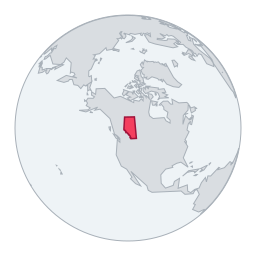 Alberta on an orthographic globe
{"feature_id": "CAN-632", "entity_name": "Alberta", "entity_type": "Province", "adm_level": 1, "iso_a3": "CAN", "parent_name": "Canada", "parent_adm1": "", "projection": "orthographic", "projection_center": [-116.491, 54.496], "detail": "fine", "context": "on_globe", "style": "filled", "palette": "rose", "viewbox_px": 256, "rotation_deg": 0, "n_neighbors": 0, "source": "natural_earth", "source_scale": "10m", "svg_char_len": 10344}
<svg xmlns="http://www.w3.org/2000/svg" viewBox="0 0 256 256"><circle cx="128" cy="128" r="113" fill="#eef3f6" stroke="#a8b0b8"/><path d="M31.1,185.4L31.4,185.9L31.1,185.4ZM200.1,214.5L204.7,209.7L204.1,209.4L198.7,212.0L192.6,209.5L195.3,204.5L193.5,203.8L199.3,194.3L197.1,189.7L194.9,190.3L193.1,193.7L184.9,194.3L181.1,191.0L152.0,192.3L148.2,190.3L146.9,185.8L130.9,171.4L140.7,185.9L135.7,183.7L130.5,178.7L132.0,177.2L126.7,169.2L121.3,166.1L116.2,154.9L117.3,139.8L119.9,142.2L119.8,138.4L116.6,135.3L114.5,134.1L110.0,118.6L100.1,109.2L94.7,110.2L97.6,107.1L85.9,111.9L79.1,110.3L88.2,109.8L90.2,107.9L86.2,105.6L87.5,103.2L86.2,100.8L88.0,98.2L93.2,98.3L94.5,96.8L91.6,95.2L91.6,91.8L95.6,94.4L96.1,88.8L104.8,88.4L114.1,98.0L120.4,96.3L133.7,102.6L133.9,100.1L139.1,101.2L141.3,98.8L143.1,100.8L143.2,97.2L141.1,95.8L140.5,93.8L141.5,92.4L144.1,94.6L143.9,95.7L145.3,95.6L146.1,97.4L146.3,95.7L149.3,98.7L147.9,93.6L151.7,94.3L153.2,96.9L150.9,99.3L148.7,112.1L149.6,115.9L153.1,118.5L164.2,117.6L166.0,120.8L170.1,123.1L170.1,120.1L166.9,117.2L167.9,112.2L163.9,109.5L163.7,107.1L160.5,103.5L163.3,101.2L167.8,101.1L170.6,104.1L172.7,104.2L171.9,99.2L178.9,102.9L186.8,102.4L188.3,103.8L188.0,110.1L183.3,115.4L182.9,124.4L185.5,115.8L189.4,119.8L191.0,119.4L192.2,117.7L191.7,115.1L193.5,116.0L191.6,124.6L189.9,124.0L190.5,121.2L188.3,123.8L187.0,130.0L189.1,131.7L185.0,139.8L186.4,141.2L186.3,143.9L184.3,141.1L187.8,146.5L183.3,157.8L188.1,167.2L180.9,162.2L176.7,163.3L172.1,165.8L172.8,167.4L165.7,169.1L160.8,174.8L161.2,183.3L165.5,188.1L173.2,185.4L174.4,181.4L179.5,178.3L178.1,188.3L187.3,184.9L187.7,191.1L190.7,192.6L194.7,189.4L199.1,188.0L201.4,182.7L205.4,177.5L206.4,181.9L207.9,175.9L210.7,176.0L218.2,168.0L217.9,169.7L224.4,167.7L230.0,161.6L231.3,162.5L230.7,165.3L232.3,162.8L232.3,163.9L237.4,152.6L238.8,148.1L238.7,148.9L236.8,157.3L234.2,165.5L231.0,173.5L227.2,181.3L222.9,188.7L217.9,195.8L212.5,202.5L206.5,208.7L200.1,214.5ZM60.7,174.0L61.0,171.8L62.2,174.0L60.7,174.0ZM60.2,170.0L60.3,170.9L60.1,170.0L60.2,170.0ZM59.4,169.1L60.0,169.7L59.3,169.2L59.4,169.1ZM58.3,168.1L58.9,168.5L58.3,168.1ZM188.7,170.7L199.1,168.9L194.3,173.1L195.0,171.6L192.1,171.3L187.2,172.4L182.6,176.1L188.7,170.7ZM56.8,165.9L56.4,165.3L57.0,165.5L56.8,165.9ZM190.9,162.8L189.2,163.4L190.8,162.4L190.9,162.8ZM113.4,134.1L116.4,135.5L118.9,139.3L116.2,138.4L113.4,134.1ZM108.9,127.0L110.6,126.8L110.5,130.7L109.5,129.6L108.9,127.0ZM90.6,111.6L92.8,112.7L90.2,112.5L90.6,111.6ZM85.8,100.9L84.7,101.4L84.5,99.9L85.8,100.9ZM159.2,105.0L159.8,104.3L160.1,105.3L159.2,105.0ZM157.1,104.1L157.0,105.9L156.0,105.8L156.1,104.7L157.1,104.1ZM87.1,94.8L87.1,92.4L88.0,94.8L87.1,94.8ZM157.6,102.0L154.3,105.3L152.5,105.1L151.6,100.8L157.6,102.0ZM87.7,91.0L87.7,85.5L85.4,86.0L91.8,81.6L89.7,87.7L91.2,90.5L89.2,89.8L87.7,91.0ZM140.0,96.0L142.3,97.4L139.4,97.7L140.0,96.0ZM138.3,96.7L130.3,100.6L127.4,98.0L130.7,97.1L126.2,94.9L128.7,91.7L131.8,92.1L133.1,94.5L133.1,91.5L138.3,96.7ZM95.4,80.2L96.1,78.9L96.3,80.3L95.4,80.2ZM140.0,93.1L138.6,94.0L136.1,91.8L138.3,89.4L138.4,90.9L140.0,93.1ZM123.8,96.0L122.3,94.0L123.9,90.8L123.5,89.6L128.5,91.4L123.8,96.0ZM139.5,90.7L139.5,88.3L141.7,88.1L141.1,92.0L139.5,90.7ZM134.4,92.2L133.3,91.0L134.7,90.9L134.4,92.2ZM149.5,86.2L147.9,87.2L146.4,86.1L149.5,86.2ZM139.4,87.5L138.6,87.6L137.9,87.3L138.3,85.8L139.4,87.5ZM129.4,89.0L130.4,88.2L127.4,88.1L128.5,85.8L131.7,87.5L130.8,85.8L131.1,85.1L133.3,87.3L129.4,89.0ZM136.5,83.4L140.8,84.9L144.1,83.1L145.5,84.0L140.0,86.8L136.5,83.4ZM134.4,85.5L136.0,84.4L136.9,86.0L136.4,87.7L134.4,85.5ZM128.1,83.7L125.6,86.8L125.0,86.4L128.1,83.7ZM137.2,82.5L136.1,82.2L137.3,82.2L137.2,82.5ZM130.7,83.0L129.9,84.1L129.2,83.5L130.7,83.0ZM134.7,80.7L136.1,81.1L135.8,82.3L134.7,80.7ZM132.7,81.4L132.0,80.4L134.8,82.4L132.5,82.0L132.7,81.4ZM130.2,82.3L129.6,82.3L130.6,81.9L130.2,82.3ZM135.0,76.1L138.6,78.3L138.0,80.8L134.5,78.3L135.0,76.1ZM236.3,97.1L235.6,97.7L233.3,92.0L231.1,89.5L213.6,63.6L211.9,59.4L200.4,45.5L199.4,44.0L202.9,45.9L196.1,38.5L191.3,35.2L182.9,29.6L180.5,28.3L187.6,32.4L194.5,37.1L201.0,42.2L207.1,47.8L212.8,53.8L218.0,60.2L222.7,67.0L226.9,74.1L230.6,81.6L233.8,89.2L236.3,97.1ZM174.9,25.6L169.5,23.6L180.9,29.3L180.7,30.1L169.8,25.2L159.5,21.0L159.1,21.2L163.8,23.9L159.6,23.3L165.2,25.0L164.3,24.1L167.8,25.3L168.9,26.3L167.3,25.9L169.9,27.5L176.6,29.0L176.4,28.2L184.3,32.8L184.7,32.0L187.5,33.5L187.8,35.5L186.4,35.2L188.5,40.3L190.8,41.0L188.9,36.3L190.3,37.7L193.4,38.8L192.2,39.0L193.7,44.3L199.5,50.2L210.3,58.6L213.1,62.9L213.9,66.6L206.7,63.7L201.3,54.6L198.7,53.7L197.0,56.3L195.5,53.4L194.2,53.4L191.9,50.4L185.9,47.2L183.1,44.4L178.1,44.5L176.0,43.2L179.6,43.5L180.6,42.3L173.4,36.3L171.2,35.5L168.5,36.1L166.9,34.5L165.2,35.9L159.8,33.5L165.0,37.7L162.0,38.9L157.3,38.3L157.2,39.5L164.9,40.5L167.1,40.3L167.5,38.8L174.4,39.2L177.4,41.1L173.8,43.7L177.7,46.7L173.1,47.8L155.2,44.0L149.0,42.0L144.5,35.1L147.5,34.5L150.6,36.6L150.1,33.1L149.0,34.1L147.6,32.9L144.4,33.9L143.3,33.2L142.1,35.6L140.4,34.8L141.2,33.2L134.9,34.4L130.6,33.4L129.7,34.0L130.0,35.0L124.3,33.2L123.9,33.8L125.6,34.6L126.0,36.4L124.3,38.8L122.4,38.1L122.8,37.1L120.7,34.0L121.9,31.6L120.9,31.6L119.5,33.4L122.0,37.2L121.6,38.9L119.9,37.2L120.5,38.0L119.7,38.6L117.1,38.6L118.7,40.5L112.3,49.3L106.7,50.3L106.0,47.7L99.5,53.7L93.7,54.8L95.3,55.5L93.2,59.1L95.0,58.8L95.6,59.4L91.2,69.1L88.8,70.9L88.7,76.3L89.5,76.7L91.3,75.6L91.8,81.6L85.4,86.0L83.8,84.8L80.8,88.6L77.8,85.4L73.9,84.7L72.3,79.4L69.4,79.5L68.5,81.0L63.9,82.4L57.2,80.5L66.3,75.4L77.0,78.0L73.0,76.2L75.0,74.7L74.2,73.0L71.3,72.1L70.3,73.1L71.2,62.7L66.3,57.9L63.9,62.3L60.6,64.5L52.9,64.0L50.2,55.3L45.6,58.9L44.1,59.4L45.2,56.7L47.5,55.8L50.3,52.9L51.4,52.9L54.0,48.6L55.7,48.6L56.9,45.4L54.4,46.9L51.5,50.6L51.7,48.1L46.4,52.7L43.7,54.5L45.5,51.3L51.4,45.5L57.6,40.0L64.3,35.1L71.3,30.7L78.6,26.8L86.2,23.4L94.0,20.6L102.0,18.4L110.1,16.8L118.4,15.8L126.6,15.4L134.9,15.6L143.2,16.4L151.4,17.8L159.4,19.8L167.3,22.4L174.9,25.6ZM221.9,71.9L223.0,72.8L221.9,71.9ZM150.1,17.7L142.9,16.4L143.7,17.0L141.0,16.7L142.2,17.1L143.7,17.1L146.4,18.4L142.4,18.1L142.0,18.6L144.4,19.1L151.2,19.6L147.5,17.6L150.2,17.9L150.1,17.7ZM218.4,167.7L219.4,167.6L218.3,168.9L218.4,167.7ZM194.2,175.6L196.1,174.4L197.3,174.5L195.9,175.7L194.2,175.6ZM209.1,163.8L211.0,162.5L209.2,164.7L209.1,163.8ZM200.6,168.5L207.5,165.1L204.0,169.9L199.6,172.1L202.3,169.4L200.6,168.5ZM191.2,166.4L192.5,166.0L192.5,167.2L191.2,166.4ZM192.1,162.0L191.6,162.4L190.7,162.0L192.1,162.0ZM189.5,119.3L189.7,118.6L191.2,117.3L191.0,118.8L189.5,119.3ZM194.3,106.8L197.1,108.6L195.0,108.3L195.4,110.5L191.4,112.9L188.9,104.6L190.8,107.9L194.3,106.8ZM185.4,114.0L188.2,113.3L185.2,114.4L185.4,114.0ZM188.9,57.3L189.1,55.8L191.3,56.4L194.8,60.5L191.6,59.5L188.9,57.3ZM188.7,53.5L184.1,55.4L181.8,53.1L183.9,54.0L182.8,52.4L185.9,53.4L188.1,49.7L190.2,50.1L195.5,57.0L192.6,54.4L192.7,56.0L188.7,53.5ZM176.5,65.7L174.5,67.0L172.0,60.4L174.2,60.1L177.8,63.9L177.3,66.6L176.5,65.7ZM156.5,94.0L155.9,95.3L155.2,94.6L155.1,93.0L156.5,94.0ZM148.9,86.8L158.4,88.0L158.2,89.4L164.1,88.7L165.8,92.3L161.9,92.6L167.7,94.9L164.9,96.6L168.8,97.8L160.0,98.2L157.7,100.0L159.6,96.6L158.1,93.2L156.8,92.3L151.3,91.1L145.6,93.6L143.2,90.8L143.0,88.2L144.0,87.2L145.3,89.3L145.7,86.4L148.3,88.7L148.9,86.8ZM142.2,62.0L143.2,64.4L144.5,59.9L147.1,61.8L147.1,61.2L149.8,61.7L153.1,61.4L154.0,62.6L154.9,61.9L156.7,62.4L158.3,61.9L160.3,64.0L162.4,63.7L162.2,64.8L165.2,63.8L163.9,65.5L166.1,66.4L166.2,64.2L173.5,77.3L177.6,81.7L181.7,84.6L178.9,87.4L173.3,86.7L166.7,84.1L163.2,79.5L162.6,81.8L160.7,80.3L162.0,79.2L158.9,80.1L157.7,78.6L151.9,76.8L148.2,79.3L145.9,78.8L146.8,77.1L144.0,77.9L144.1,74.4L142.5,74.0L141.0,70.3L143.5,67.4L141.6,67.2L140.3,64.5L142.2,62.0ZM134.7,75.0L137.2,70.9L139.8,69.9L141.3,76.8L142.7,77.6L143.8,82.2L140.0,83.5L140.0,82.1L139.2,81.0L140.7,81.0L138.8,80.2L138.8,78.2L137.4,77.0L138.6,76.0L134.7,75.0ZM196.8,42.2L195.7,41.0L193.7,39.3L195.6,40.1L196.8,42.2ZM198.0,45.7L196.8,44.6L198.5,44.7L199.6,46.0L198.0,45.7ZM194.7,44.1L196.6,44.6L196.3,45.0L194.7,44.1ZM178.3,42.6L176.9,41.6L177.3,41.3L178.8,41.6L178.3,42.6ZM146.6,49.9L146.8,51.2L146.0,51.3L144.2,53.8L142.1,52.7L142.4,50.7L146.6,49.9ZM172.3,24.7L175.1,25.8L175.8,26.2L174.7,25.7L172.3,24.7ZM186.6,32.6L184.0,30.8L187.1,32.9L186.6,32.6ZM144.1,49.1L143.5,50.2L142.8,49.0L144.1,49.1ZM140.5,52.0L139.5,50.8L141.7,52.8L140.5,52.0ZM41.6,56.1L40.3,57.4L40.2,57.5L41.8,55.6L41.6,56.1ZM125.8,42.7L130.7,40.3L132.8,38.2L131.9,36.1L135.3,38.1L132.0,41.4L125.8,42.7ZM114.2,48.5L115.0,50.5L113.3,50.5L112.9,50.0L114.2,48.5ZM115.6,49.1L119.2,49.9L118.8,51.6L116.1,50.6L115.6,49.1ZM131.8,48.9L133.4,48.3L133.9,49.3L131.8,48.9ZM31.4,185.8L30.3,184.0L31.1,185.4L31.4,185.8ZM39.2,65.6L40.6,64.7L39.8,66.7L39.0,66.8L39.2,65.6ZM38.3,73.2L40.0,67.0L41.6,62.4L40.3,64.1L39.0,63.8L42.1,60.8L42.3,63.4L40.7,67.1L42.2,67.3L42.2,70.0L44.8,69.1L45.4,70.3L42.5,72.3L38.3,73.2ZM46.1,68.5L50.7,68.5L48.3,72.9L46.8,73.9L45.6,72.0L47.0,69.8L46.1,68.5ZM51.1,69.8L52.5,67.7L62.1,64.3L63.5,64.8L54.9,69.4L55.7,67.7L53.8,67.8L51.1,69.8ZM95.0,78.8L96.0,78.9L94.9,79.6L95.0,78.8ZM96.7,59.1L97.3,60.1L96.0,60.8L96.7,59.1ZM98.3,63.2L99.4,61.7L99.0,63.6L98.3,63.2ZM101.7,58.4L100.2,61.3L100.5,58.1L101.7,58.4Z" fill="#d9dde1" stroke="#a8b0b8" stroke-width="1"/><path d="M136.4,138.4L131.1,138.7L131.0,138.4L130.9,138.4L130.7,138.4L130.7,138.2L130.4,138.0L130.4,137.9L130.5,137.7L130.4,137.7L130.2,137.6L130.3,137.5L130.3,137.4L130.4,137.2L130.3,136.9L130.3,136.7L130.2,136.6L130.2,136.4L130.2,136.2L130.0,135.9L129.9,135.7L129.7,135.7L129.5,135.4L129.4,135.4L129.2,135.3L129.2,135.2L129.1,134.9L128.9,134.8L128.9,134.7L128.7,134.7L128.6,134.4L128.4,134.4L128.3,134.2L128.2,134.1L128.2,133.9L128.0,133.7L127.9,133.6L127.9,133.4L127.7,133.3L127.6,133.5L127.4,133.4L127.4,133.2L127.2,133.0L127.2,132.9L127.0,132.7L126.9,132.6L126.7,132.6L126.4,132.4L126.5,132.3L126.5,132.2L126.4,132.1L126.2,132.0L126.2,131.9L126.2,132.0L125.9,132.2L125.9,131.9L125.8,131.7L125.8,131.4L125.7,131.4L125.7,131.2L125.4,131.0L125.4,130.9L125.3,130.7L125.2,130.5L125.1,130.4L125.0,130.5L124.9,130.6L124.7,130.5L124.7,130.4L124.6,130.2L124.4,130.1L124.2,130.1L124.1,129.9L124.0,129.7L124.0,129.4L123.9,129.3L123.9,129.2L124.6,117.1L134.4,116.9L136.4,138.4Z" fill="#f43f5e" stroke="#9f1239" stroke-width="1.5"/></svg>